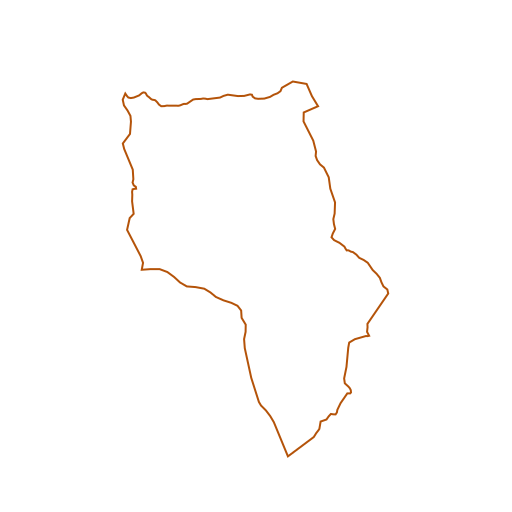 map outline of Dodoma (orthographic projection), rotated 159°
{"feature_id": "TZA-3385", "entity_name": "Dodoma", "entity_type": "Region", "adm_level": 1, "iso_a3": "TZA", "parent_name": "United Republic of Tanzania", "parent_adm1": "", "projection": "orthographic", "projection_center": [35.912, -5.778], "detail": "fine", "context": "isolated", "style": "outline", "palette": "amber", "viewbox_px": 512, "rotation_deg": 159, "n_neighbors": 0, "source": "natural_earth", "source_scale": "10m", "svg_char_len": 2246}
<svg xmlns="http://www.w3.org/2000/svg" viewBox="0 0 512 512"><g transform="rotate(159 256 256)"><path d="M367.6,284.1L363.9,290.1L363.7,297.2L367.0,326.6L360.3,336.7L355.1,339.2L352.1,351.4L349.5,357.6L348.7,360.3L347.3,362.5L345.6,362.3L343.8,361.8L343.4,363.7L344.8,365.7L344.9,368.8L343.0,371.6L340.1,380.8L340.7,403.2L340.0,408.8L329.9,415.1L324.6,426.2L323.0,431.8L323.8,437.9L325.3,443.9L324.4,449.7L319.8,454.5L319.1,451.5L318.4,449.7L316.3,448.3L313.3,447.7L307.6,447.8L304.3,448.9L302.6,449.1L301.1,448.3L300.6,447.3L300.3,444.9L299.8,443.9L299.1,442.9L297.7,440.1L296.8,439.1L294.9,438.0L294.2,437.4L293.1,434.9L292.3,432.1L290.8,429.8L287.9,428.8L285.5,428.4L274.3,424.0L272.7,423.8L270.0,423.9L268.6,423.8L267.6,423.3L265.8,422.9L258.6,424.6L256.1,424.1L251.2,422.4L249.0,422.0L247.2,421.2L245.0,419.8L243.7,419.5L232.8,416.8L228.9,417.1L224.5,416.7L215.6,411.8L209.7,409.7L203.7,409.0L202.0,408.0L202.0,406.0L200.4,403.5L197.7,402.0L191.9,400.0L185.9,399.5L181.8,400.2L177.6,400.2L174.1,401.1L171.5,403.8L159.1,405.7L147.1,398.5L146.5,385.2L144.4,373.6L160.0,372.9L163.4,364.6L161.2,343.2L162.5,332.0L164.5,328.0L164.6,323.6L163.4,318.6L160.9,314.2L159.9,303.4L162.5,292.2L163.0,277.7L167.4,267.4L170.6,262.7L171.8,257.9L172.4,252.9L176.2,249.5L178.8,246.4L177.4,242.8L173.3,238.3L170.1,233.1L169.8,230.7L169.3,228.7L168.1,228.4L167.2,227.7L165.9,226.1L164.1,224.9L161.8,221.3L160.3,217.3L156.9,213.7L154.1,209.6L152.1,201.1L149.8,196.2L148.2,191.2L148.3,186.5L147.9,181.9L145.4,177.7L146.0,173.6L176.3,152.7L177.4,149.5L179.5,145.4L179.0,141.0L180.6,141.2L182.1,141.9L193.5,142.9L200.0,141.8L202.7,137.4L211.3,120.0L217.6,110.1L218.7,105.3L216.5,100.9L215.8,98.9L215.6,96.8L216.2,94.6L217.3,94.0L220.0,95.0L229.8,88.3L235.2,83.2L236.5,81.0L238.5,79.6L240.6,80.5L242.7,81.7L245.7,80.2L248.8,78.1L255.0,78.3L258.8,71.9L260.2,70.9L263.2,69.1L266.9,66.3L298.0,57.5L298.9,94.5L300.1,101.5L302.1,108.3L304.9,114.6L305.6,118.7L304.1,144.0L299.5,174.0L296.9,182.7L292.9,188.9L290.2,195.6L291.6,203.4L289.4,210.4L291.1,216.1L295.8,221.1L302.3,226.3L308.1,232.1L311.6,238.3L316.0,244.0L323.5,248.6L331.5,252.4L336.4,258.5L340.0,265.8L344.5,272.8L350.7,278.3L359.0,281.5L367.6,284.1Z" fill="none" stroke="#b45309" stroke-width="2"/></g></svg>